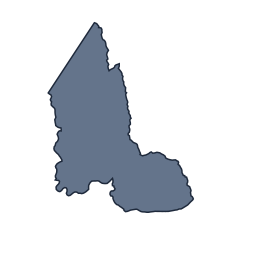 Acorizal, Mato Grosso, Brazil, rotated 292°
{"feature_id": "56859067B96273664135560", "entity_name": "Acorizal", "entity_type": "district", "adm_level": 2, "iso_a3": "BRA", "parent_name": "Brazil", "parent_adm1": "Mato Grosso", "projection": "orthographic", "projection_center": [-56.306, -15.194], "detail": "fine", "context": "isolated", "style": "filled", "palette": "slate", "viewbox_px": 256, "rotation_deg": 292, "n_neighbors": 0, "source": "geoboundaries", "source_scale": "gbopen_adm2", "svg_char_len": 4075}
<svg xmlns="http://www.w3.org/2000/svg" viewBox="0 0 256 256"><g transform="rotate(292 128 128)"><path d="M213.0,57.4L130.6,40.9L130.1,42.3L129.8,44.2L128.5,45.4L126.6,45.5L125.5,45.3L124.4,46.0L123.7,47.3L121.8,47.6L120.5,48.2L119.6,50.1L119.2,51.4L118.6,52.7L117.6,53.5L115.4,54.4L113.8,55.2L112.2,56.2L111.0,57.1L109.6,57.1L108.3,57.0L107.3,57.6L105.9,58.4L104.6,59.3L103.2,60.1L102.8,61.4L102.5,62.6L102.5,64.2L103.0,65.7L101.5,66.7L100.2,67.1L99.9,65.9L98.9,65.0L97.4,64.7L95.7,64.6L94.9,65.4L93.6,66.7L91.8,67.7L90.0,67.7L88.9,67.5L87.2,66.7L85.7,66.8L84.5,67.1L83.0,66.6L81.0,67.1L79.6,68.2L78.8,69.9L78.2,71.0L77.8,72.3L77.2,73.7L76.3,74.9L75.6,76.2L74.8,77.2L73.8,78.5L72.5,79.2L71.1,77.7L69.7,76.6L68.4,75.7L66.9,75.3L65.3,75.1L64.1,76.0L63.2,77.3L61.8,78.0L60.2,78.5L58.4,78.6L56.4,78.6L55.2,79.2L54.3,80.5L52.6,80.0L52.9,81.9L53.4,83.4L52.8,84.5L51.3,84.8L50.0,84.6L48.9,84.1L47.5,83.6L46.3,83.4L44.2,84.5L43.4,86.3L43.3,88.1L43.9,89.1L45.5,89.9L47.5,90.4L49.1,91.7L49.3,93.2L48.2,94.5L46.5,95.2L44.4,95.3L43.2,96.5L42.9,98.1L43.7,99.4L44.7,100.1L46.4,101.0L47.8,101.8L48.8,102.8L49.4,104.6L48.9,106.5L49.6,108.0L49.8,109.6L50.6,110.8L51.8,111.9L53.4,113.0L56.4,114.5L58.4,113.6L60.2,113.0L62.1,113.2L63.2,113.4L65.1,114.2L66.0,116.0L66.8,117.9L67.6,119.4L67.9,121.1L67.4,122.6L67.1,124.7L67.4,126.0L67.9,127.6L68.8,129.4L70.4,130.3L72.4,131.3L73.8,131.8L75.5,132.5L74.4,133.3L73.1,134.0L71.9,134.4L70.4,134.3L68.7,135.2L68.9,136.6L67.7,137.4L66.9,138.7L65.6,138.8L64.2,137.9L63.3,136.1L61.8,135.6L60.0,136.0L58.6,137.4L58.9,139.0L58.3,140.0L57.1,140.4L55.6,141.7L54.5,142.9L53.6,144.2L52.8,146.1L52.9,148.0L52.2,150.0L52.0,151.4L51.6,152.9L51.2,154.4L50.1,155.2L49.5,157.0L50.5,158.7L51.5,159.8L52.8,161.1L53.8,162.7L54.9,164.5L55.8,166.0L56.0,167.1L55.8,168.3L55.6,169.6L55.4,171.4L55.7,172.9L56.4,174.8L57.0,177.2L57.7,178.8L58.7,180.4L59.4,181.7L60.1,183.0L60.9,184.3L61.6,186.2L62.3,187.9L62.7,189.0L63.2,190.3L63.7,191.6L64.2,192.7L64.6,193.8L65.2,195.2L65.9,196.8L67.1,198.7L68.6,201.1L69.5,202.4L70.5,204.2L72.0,205.7L72.9,207.6L74.4,208.8L75.9,209.9L77.1,210.8L79.1,212.2L82.9,213.7L85.4,214.9L86.7,215.1L87.8,214.1L88.5,213.0L88.7,211.8L90.1,211.0L91.6,210.1L93.5,209.9L94.6,209.1L95.6,208.1L96.7,207.1L96.8,205.9L97.2,204.2L98.7,203.5L100.1,203.6L101.7,203.0L103.1,201.8L104.4,200.7L104.0,199.4L105.1,198.4L104.7,197.1L105.6,196.2L106.8,194.8L108.6,194.0L110.0,193.0L111.2,191.4L112.6,189.7L113.0,188.1L114.1,187.9L115.2,187.7L115.9,186.7L115.9,185.4L116.3,184.1L115.5,182.4L114.9,181.4L114.6,180.3L114.3,178.6L114.1,176.6L114.2,175.3L114.4,174.1L115.8,172.9L116.4,170.8L116.5,168.7L116.9,166.8L116.3,163.9L114.8,162.0L113.9,160.3L114.5,158.5L113.4,157.5L112.3,157.0L111.0,155.9L109.6,154.6L108.5,152.9L107.7,152.0L107.7,150.8L107.9,149.1L109.2,149.0L110.2,147.8L111.5,146.7L112.7,145.5L113.7,144.3L115.1,143.5L116.2,142.6L116.6,141.2L116.6,139.8L116.6,138.5L117.2,137.0L117.9,135.5L118.0,134.2L119.4,133.4L120.5,132.7L121.5,132.1L121.7,130.7L123.1,130.2L124.5,130.8L126.4,130.5L127.7,130.0L128.7,129.0L130.4,128.1L132.4,128.8L134.1,128.0L135.2,127.1L136.6,126.6L138.2,127.2L138.9,126.2L140.3,125.5L141.2,124.3L142.2,122.9L143.3,123.0L144.5,122.0L145.1,120.8L146.5,120.0L148.2,119.8L149.3,118.4L150.5,118.2L151.8,118.1L152.9,117.3L153.8,116.3L155.7,114.9L157.3,113.8L158.8,113.1L160.1,113.5L160.6,112.0L161.7,111.6L163.1,111.1L164.5,110.7L165.7,108.8L166.9,107.7L167.9,107.2L169.2,106.8L169.9,105.7L171.2,104.7L172.5,104.2L174.0,104.0L174.8,102.7L176.4,101.9L177.7,100.3L178.3,99.1L179.1,97.9L179.5,96.8L180.9,96.8L182.1,96.7L184.3,95.8L182.9,94.3L182.2,93.4L180.9,92.6L179.2,92.7L177.9,92.0L176.2,90.4L175.1,89.5L174.0,89.0L175.3,87.8L176.2,87.1L177.8,86.2L179.6,86.3L180.6,85.3L181.8,83.5L182.9,82.8L184.4,83.5L185.7,82.6L187.8,80.8L190.2,80.4L192.7,80.8L193.9,79.2L194.8,77.9L196.1,76.7L197.7,75.9L199.2,74.9L200.4,73.3L200.5,71.7L201.6,70.4L203.0,69.3L204.6,68.2L206.9,68.2L208.4,67.3L209.5,66.9L210.6,65.8L210.5,64.4L210.1,63.1L211.3,62.9L212.0,61.6L212.9,60.2L213.1,59.0L213.0,57.4Z" fill="#64748b" stroke="#1e293b" stroke-width="1.5"/></g></svg>